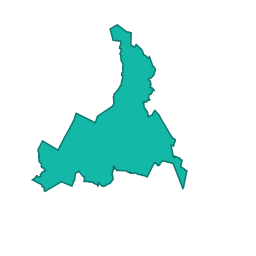 Ahualulco, San Luis Potosí, Mexico, rotated 23°
{"feature_id": "50627088B61633980721987", "entity_name": "Ahualulco", "entity_type": "district", "adm_level": 2, "iso_a3": "MEX", "parent_name": "Mexico", "parent_adm1": "San Luis Potosí", "projection": "natural_earth1", "projection_center": [-101.253, 22.473], "detail": "fine", "context": "isolated", "style": "filled", "palette": "teal", "viewbox_px": 256, "rotation_deg": 23, "n_neighbors": 0, "source": "geoboundaries", "source_scale": "gbopen_adm2", "svg_char_len": 5533}
<svg xmlns="http://www.w3.org/2000/svg" viewBox="0 0 256 256"><g transform="rotate(23 128 128)"><path d="M154.1,106.2L152.1,104.3L145.9,101.3L145.2,103.9L145.3,104.2L145.3,106.2L145.5,106.6L144.6,107.1L143.7,108.4L143.0,108.7L142.5,109.6L142.2,109.8L142.3,109.4L142.2,108.8L141.9,108.4L141.7,108.2L141.1,108.1L140.8,107.8L140.0,106.2L138.4,104.8L138.1,105.0L137.5,105.1L137.5,104.9L137.7,104.7L137.4,104.4L136.4,103.7L136.2,103.7L135.3,102.7L134.5,102.4L134.3,102.2L133.4,100.0L133.0,99.4L132.5,99.4L132.4,98.9L132.0,98.5L132.3,98.1L132.2,98.1L132.3,97.8L132.8,97.4L133.4,97.5L133.5,97.6L134.3,97.0L134.2,97.0L134.4,96.9L134.6,96.7L134.8,95.4L135.2,95.2L135.6,94.7L135.9,94.3L136.2,94.4L136.5,94.1L137.1,93.9L137.1,93.6L136.8,93.5L136.0,92.8L135.0,92.4L134.9,91.4L134.4,89.6L134.4,89.4L134.7,89.1L135.0,88.3L135.3,88.2L135.4,87.9L135.7,87.7L135.8,87.8L136.0,87.6L136.3,86.4L136.1,85.6L136.2,85.4L135.9,84.3L136.1,83.8L136.5,83.6L137.5,83.2L137.2,82.9L136.6,82.6L136.2,82.3L135.2,82.2L134.8,81.9L134.7,82.2L133.9,81.8L132.8,81.7L132.6,81.8L132.6,81.7L132.4,81.6L132.4,81.2L132.5,81.2L132.5,80.8L132.5,80.6L132.2,79.5L132.1,79.2L132.0,79.3L132.0,79.1L132.0,78.8L131.6,78.1L131.3,78.0L131.1,77.9L130.5,76.5L127.8,75.4L128.5,73.6L129.4,73.2L129.9,72.3L130.7,70.2L131.1,67.9L130.5,66.1L130.8,64.5L130.0,63.0L127.6,61.4L126.8,61.5L120.0,54.1L119.7,55.7L116.5,54.7L115.5,54.7L114.9,54.5L114.3,54.7L110.2,50.6L102.9,47.9L102.5,51.2L98.1,50.3L93.7,39.2L91.5,39.4L89.4,40.0L77.8,37.2L72.8,43.9L73.3,44.4L74.0,45.4L75.2,47.0L75.5,47.2L76.1,48.1L78.0,50.3L79.0,51.8L80.0,53.1L84.1,52.0L84.3,51.4L85.1,51.3L85.2,51.5L85.4,51.6L85.8,51.4L86.4,51.3L87.8,51.0L88.0,51.5L88.5,53.4L88.6,54.5L88.6,55.6L88.9,57.8L89.3,57.7L89.6,57.8L90.3,57.7L90.1,58.1L90.5,58.2L90.7,58.5L91.7,59.7L91.8,60.0L91.9,60.5L91.6,60.9L91.5,61.5L91.6,62.6L91.7,63.0L92.0,63.2L92.1,63.5L93.0,63.6L93.0,63.9L93.1,64.4L93.6,65.3L93.7,65.5L94.1,65.8L94.2,66.5L94.5,67.2L94.8,67.4L94.8,67.7L95.0,68.0L95.4,68.2L95.5,68.6L95.6,68.8L96.4,69.6L97.0,69.7L97.7,70.4L98.0,70.5L98.4,71.1L98.6,71.2L98.9,71.9L98.9,72.4L99.1,72.9L99.3,73.4L99.2,73.7L99.4,74.5L99.8,75.0L100.5,76.5L100.9,77.5L101.3,78.1L101.5,78.8L101.2,79.1L100.9,79.7L100.9,80.0L101.0,80.4L101.4,81.0L101.7,81.9L101.7,82.1L102.3,82.0L102.3,81.8L102.9,81.7L104.7,90.9L105.0,91.9L104.8,92.3L104.4,92.4L104.3,94.3L103.5,98.0L102.7,100.0L102.5,101.6L101.9,102.0L102.4,103.1L102.5,103.7L102.6,104.4L102.5,104.5L102.3,104.9L105.3,110.5L105.4,110.9L105.4,111.4L105.3,112.5L105.4,112.9L105.6,113.4L95.3,129.2L95.9,135.9L74.6,134.7L75.1,141.7L74.4,151.1L73.4,160.3L72.2,175.7L54.4,173.3L53.7,182.3L53.8,183.5L53.9,183.9L54.5,184.8L55.2,185.4L55.8,185.9L56.0,186.3L56.3,187.6L56.8,187.6L56.8,188.6L57.0,189.1L57.0,189.4L57.1,189.5L57.4,189.5L57.4,189.8L57.6,189.7L57.7,190.3L58.1,191.2L58.8,192.1L59.4,192.5L59.5,192.7L59.5,192.8L59.0,193.1L60.0,194.0L60.6,194.3L60.7,194.2L61.2,194.4L61.6,194.5L61.9,194.8L62.2,194.8L62.5,195.2L62.8,195.5L63.0,196.4L62.9,197.0L63.6,197.5L64.0,198.0L64.5,198.0L65.2,198.1L65.5,198.0L65.7,197.9L66.1,197.9L66.8,198.5L67.2,198.8L68.0,199.3L68.8,199.5L68.6,200.1L67.9,200.6L67.5,200.8L67.4,201.0L66.6,201.7L66.2,202.2L66.1,202.6L66.2,203.6L65.7,204.4L65.6,204.9L65.7,205.5L66.6,206.8L66.6,207.0L65.7,207.4L64.9,208.0L64.2,208.3L64.0,208.2L63.8,208.0L63.2,207.4L62.7,207.6L62.4,208.2L62.3,208.9L62.3,209.8L61.9,210.1L61.8,210.9L61.6,211.4L61.3,211.7L60.8,212.1L60.2,213.0L71.0,213.9L71.4,215.1L72.1,215.6L73.7,215.6L73.9,215.3L74.1,215.5L74.2,216.2L74.8,216.6L74.9,217.2L75.1,217.7L75.4,218.0L75.6,217.9L75.7,218.0L75.8,218.4L75.8,218.7L76.3,218.8L87.7,203.5L99.1,203.4L98.7,197.4L99.3,197.2L97.4,190.6L97.2,190.5L99.8,187.0L100.4,187.6L101.2,187.9L101.9,188.0L103.0,188.8L104.6,189.8L106.5,190.3L106.6,189.8L106.9,189.7L106.9,189.8L106.9,190.2L107.1,190.4L107.3,190.5L107.8,192.3L108.2,192.7L108.2,193.0L108.4,193.4L108.2,193.6L108.3,194.4L112.9,192.6L113.4,192.9L114.1,192.8L114.5,192.1L115.6,191.6L116.0,191.7L116.2,192.1L116.6,192.1L116.8,191.9L117.0,191.9L117.3,191.9L117.6,191.7L118.2,192.3L118.5,192.3L118.8,192.4L119.4,192.0L120.6,192.3L120.9,192.4L121.1,192.3L122.4,192.4L122.6,192.9L123.0,193.2L123.1,192.6L122.3,189.7L123.1,190.1L123.9,190.7L126.0,191.2L126.1,191.5L128.2,191.4L128.7,190.9L129.4,190.3L129.3,190.1L130.1,189.5L131.4,187.6L131.9,186.8L132.1,186.6L132.5,186.5L132.6,186.3L133.1,186.3L134.3,180.8L132.1,177.3L131.4,177.3L130.5,171.0L131.2,171.4L131.5,171.0L131.1,170.9L130.9,170.7L130.2,170.2L130.0,169.9L129.7,169.6L129.5,169.4L130.5,168.5L134.2,171.5L143.3,168.0L144.9,168.6L145.7,168.3L145.7,168.6L146.4,168.6L146.5,168.1L147.4,167.9L147.4,168.7L147.7,168.7L148.6,168.3L149.0,168.2L149.7,167.7L150.1,167.9L150.8,167.6L151.3,167.3L151.8,166.6L152.7,166.2L152.9,166.2L153.4,166.6L153.6,166.6L156.4,166.6L156.7,166.5L158.2,165.7L158.9,166.1L162.2,165.4L164.7,165.6L165.8,149.7L166.1,149.6L166.4,149.6L166.4,149.9L166.9,150.0L167.6,149.3L168.0,149.2L168.5,149.5L168.5,149.9L168.8,150.4L169.1,150.5L170.1,151.0L170.4,151.0L171.4,149.9L171.8,149.2L171.3,148.9L171.1,148.8L171.2,147.7L171.4,147.5L171.6,147.1L172.1,146.7L172.6,144.6L174.5,144.3L183.4,143.0L202.1,162.2L202.3,161.3L198.9,144.4L197.2,144.8L197.0,144.0L191.5,142.9L190.4,136.5L189.4,136.6L189.2,136.5L188.0,136.1L187.5,135.6L182.9,135.7L182.8,136.4L182.4,136.3L182.5,136.5L182.3,136.5L181.9,136.6L182.2,135.7L181.5,135.7L181.5,136.4L181.0,137.0L174.3,126.9L177.0,126.7L176.4,124.2L176.6,121.9L176.0,120.2L174.8,119.9L173.1,119.9L169.8,117.7L154.1,106.2Z" fill="#14b8a6" stroke="#0f766e" stroke-width="1.5"/></g></svg>